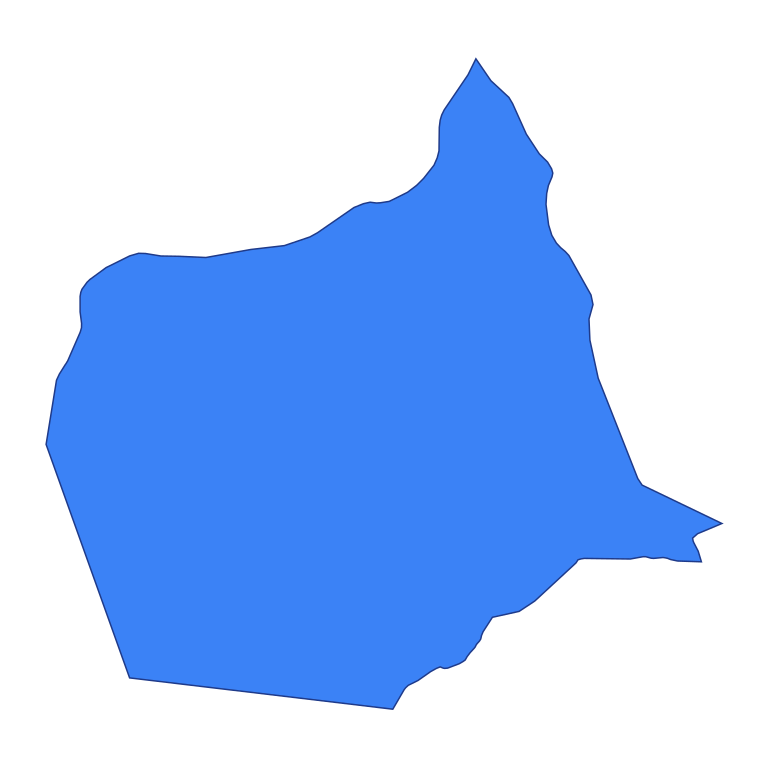 an SVG outline of Chontales
{"feature_id": "NIC-669", "entity_name": "Chontales", "entity_type": "Department", "adm_level": 1, "iso_a3": "NIC", "parent_name": "Nicaragua", "parent_adm1": "", "projection": "mercator", "projection_center": [-85.042, 12.14], "detail": "fine", "context": "isolated", "style": "filled", "palette": "blue", "viewbox_px": 768, "rotation_deg": 0, "n_neighbors": 0, "source": "natural_earth", "source_scale": "10m", "svg_char_len": 1564}
<svg xmlns="http://www.w3.org/2000/svg" viewBox="0 0 768 768"><path d="M376.4,203.0L380.2,202.8L389.2,201.4L407.5,192.3L416.7,185.3L423.6,178.4L434.0,165.2L437.2,157.9L439.0,150.9L439.3,127.3L440.2,120.1L441.7,115.0L444.2,109.9L468.0,74.8L475.9,58.8L490.9,80.7L508.9,97.4L512.6,103.6L526.3,134.1L539.3,153.9L547.6,162.1L551.6,168.8L552.8,173.1L552.0,176.9L548.4,185.5L546.7,193.4L546.0,204.3L548.6,224.9L551.8,235.3L556.4,243.1L560.7,247.7L565.2,251.5L568.9,255.5L591.0,295.0L593.0,304.6L589.0,319.0L589.9,340.1L598.2,378.2L637.8,478.6L642.1,485.1L721.9,523.5L697.6,533.7L692.6,538.1L693.1,540.9L693.8,542.7L698.2,551.2L701.4,561.8L677.5,561.0L670.5,559.5L667.5,558.3L665.1,557.8L663.0,557.5L653.6,558.4L651.1,558.2L645.8,556.7L643.1,556.7L630.3,559.0L584.3,558.4L581.0,558.9L578.0,559.8L576.0,562.9L534.8,601.0L519.1,611.4L492.4,617.3L483.1,631.7L481.4,635.8L481.3,636.6L480.7,639.1L479.5,641.0L476.9,643.9L475.9,645.4L475.3,646.8L474.4,648.0L470.1,652.7L467.2,656.5L465.2,660.0L463.1,661.5L459.3,663.7L447.7,668.1L444.6,668.4L443.1,668.1L440.2,666.9L436.2,668.5L430.5,671.7L418.0,680.5L408.3,685.3L405.7,687.7L404.2,689.6L392.8,709.2L129.6,677.9L46.1,444.4L56.5,380.2L59.4,374.0L65.3,364.6L66.2,363.4L66.9,362.1L67.6,361.1L80.2,332.2L81.5,327.8L81.6,323.5L80.1,311.9L80.1,296.4L80.8,292.3L82.0,289.2L87.0,282.3L90.0,279.4L106.1,267.6L129.7,255.9L138.6,253.3L145.4,253.5L160.9,256.0L179.1,256.3L205.9,257.5L250.7,249.5L284.4,245.6L310.0,236.9L317.4,232.8L354.0,207.5L363.4,203.7L370.1,202.2L376.4,203.0Z" fill="#3b82f6" stroke="#1e3a8a" stroke-width="1.5"/></svg>